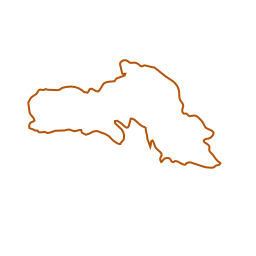 an SVG outline of Điện Biên, rotated 311°
{"feature_id": "VNM-450", "entity_name": "Điện Biên", "entity_type": "Province", "adm_level": 1, "iso_a3": "VNM", "parent_name": "Vietnam", "parent_adm1": "", "projection": "natural_earth1", "projection_center": [102.938, 21.7], "detail": "fine", "context": "isolated", "style": "outline", "palette": "amber", "viewbox_px": 256, "rotation_deg": 311, "n_neighbors": 0, "source": "natural_earth", "source_scale": "10m", "svg_char_len": 3067}
<svg xmlns="http://www.w3.org/2000/svg" viewBox="0 0 256 256"><g transform="rotate(311 128 128)"><path d="M110.9,132.7L110.7,132.5L110.0,131.4L109.4,129.8L109.0,127.3L108.8,124.9L109.3,118.7L108.4,114.4L105.4,106.6L102.6,104.1L98.7,102.6L95.3,100.7L94.3,96.6L94.3,96.2L94.5,95.8L94.7,95.5L94.9,95.2L95.7,93.9L94.4,92.5L92.1,91.1L90.3,89.5L89.7,88.3L88.8,85.7L88.2,84.6L87.4,83.7L84.6,81.8L78.2,74.9L72.9,71.9L71.1,70.1L70.6,68.0L69.3,66.6L67.8,65.4L66.5,63.8L66.3,63.1L66.6,61.9L66.6,61.3L66.3,60.8L65.6,60.2L65.3,59.8L64.4,56.4L63.9,55.4L63.3,53.9L64.2,52.5L65.8,51.4L67.4,50.9L69.3,51.4L70.9,52.3L72.2,52.5L73.3,50.9L73.8,49.0L74.3,45.5L75.2,43.5L81.7,36.1L86.5,35.0L88.6,35.1L93.6,36.5L98.1,35.9L99.4,36.5L100.6,38.6L101.9,39.7L102.7,40.0L103.4,40.4L104.2,42.3L110.2,49.8L111.8,51.1L115.2,52.1L118.4,54.4L122.0,57.9L124.1,61.0L125.6,64.6L126.3,68.5L126.3,71.4L126.6,71.9L127.4,72.9L128.1,74.3L129.4,74.3L132.0,73.6L133.7,74.6L134.4,77.0L134.9,79.6L136.0,81.6L137.6,81.7L145.5,80.5L147.8,81.3L150.4,83.2L154.4,87.1L157.7,86.8L165.5,91.0L167.2,90.4L166.9,90.0L166.3,89.5L165.6,88.8L165.3,88.1L165.6,87.5L170.8,80.3L172.1,79.4L174.1,79.4L176.1,80.2L177.6,81.7L178.2,83.4L178.4,86.0L179.0,87.5L181.2,89.6L182.2,91.0L182.8,92.8L183.0,94.9L183.1,97.2L183.4,97.7L185.1,98.9L185.8,99.1L186.3,99.6L190.4,107.5L191.0,108.2L191.6,122.3L192.7,130.8L192.7,134.1L192.0,137.5L190.7,140.3L188.9,142.8L184.8,146.7L183.5,148.7L182.9,150.5L182.4,152.9L181.7,154.3L180.8,155.3L177.3,157.0L176.3,157.9L175.6,159.2L175.5,160.4L175.8,161.2L176.5,161.7L177.0,162.3L177.3,163.4L177.0,164.8L177.2,166.0L177.8,167.1L181.1,170.0L181.8,171.6L182.1,174.0L181.8,178.1L181.2,181.1L179.5,185.3L179.3,186.9L179.6,188.5L180.9,192.5L181.0,194.6L180.4,195.8L179.2,196.5L177.6,196.8L175.8,196.8L174.2,196.4L172.8,195.7L171.5,194.5L170.3,193.8L169.2,193.4L168.2,193.5L167.6,194.1L167.4,194.9L167.5,196.1L167.8,197.7L167.9,199.7L167.6,201.2L166.8,202.2L164.9,203.5L164.1,204.7L163.7,206.2L163.4,210.0L162.3,214.0L161.9,217.5L162.1,220.4L162.1,220.7L162.1,220.8L161.4,221.0L160.4,221.0L159.5,220.6L158.3,219.7L157.6,219.2L156.6,218.9L155.0,218.7L154.1,218.2L153.5,217.8L152.2,216.3L149.6,212.8L148.0,209.6L145.2,202.8L143.2,198.0L141.8,196.3L139.6,195.2L138.3,195.4L137.6,195.0L137.1,194.3L136.7,193.3L136.1,191.5L135.3,187.4L135.2,187.3L134.2,185.5L133.3,184.9L132.6,184.9L132.0,184.7L131.4,183.6L131.4,182.6L132.2,180.5L132.3,179.5L131.9,178.3L131.0,177.1L129.8,176.2L128.5,175.6L126.5,175.5L124.8,175.7L124.1,175.3L125.1,173.3L126.6,172.0L129.6,171.2L130.7,169.9L131.0,168.1L131.1,163.3L131.5,161.1L134.4,155.8L134.6,154.6L133.3,154.3L131.6,155.2L129.8,156.5L128.4,157.2L132.5,149.8L134.4,147.8L137.8,143.2L139.6,141.3L139.6,141.0L139.7,140.7L139.6,140.3L139.6,140.0L138.7,137.7L138.4,135.1L138.5,127.9L138.3,126.6L137.9,125.5L137.2,124.1L136.8,123.9L136.2,124.3L129.8,127.4L128.2,127.5L127.2,126.3L126.9,124.2L127.1,120.0L126.4,115.1L124.6,113.6L123.1,115.2L122.8,123.8L121.8,127.2L119.7,130.0L117.0,132.1L116.0,132.3L111.3,132.4L110.9,132.7Z" fill="none" stroke="#b45309" stroke-width="2"/></g></svg>